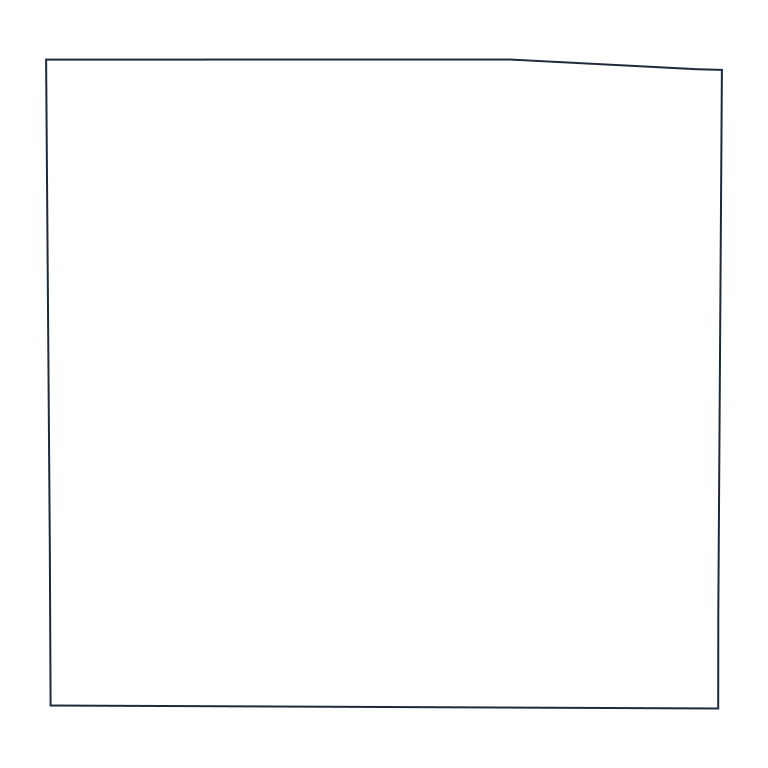 outline of DeKalb, Missouri, United States of America
{"feature_id": "52423323B71692857350549", "entity_name": "DeKalb", "entity_type": "district", "adm_level": 2, "iso_a3": "USA", "parent_name": "United States of America", "parent_adm1": "Missouri", "projection": "equal_earth", "projection_center": [-94.355, 39.893], "detail": "fine", "context": "isolated", "style": "outline", "palette": "slate", "viewbox_px": 768, "rotation_deg": 0, "n_neighbors": 0, "source": "geoboundaries", "source_scale": "gbopen_adm2", "svg_char_len": 227}
<svg xmlns="http://www.w3.org/2000/svg" viewBox="0 0 768 768"><path d="M696.1,69.2L509.2,59.5L46.1,59.6L49.8,544.5L50.6,705.5L718.2,708.5L718.3,613.0L721.9,69.9L696.1,69.2Z" fill="none" stroke="#1e293b" stroke-width="2"/></svg>